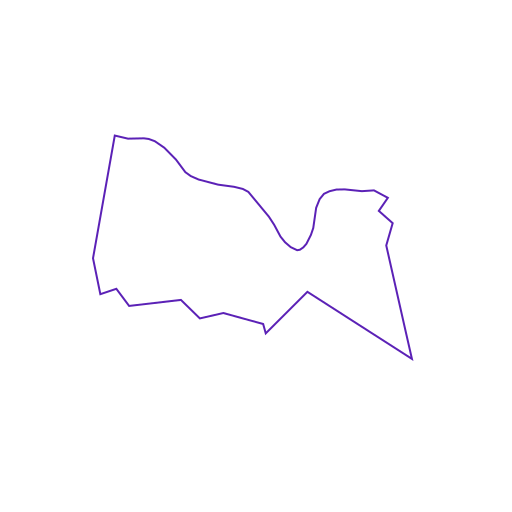 the district of Gallatin, Kentucky, United States of America, rotated 40°
{"feature_id": "52423323B123232647985", "entity_name": "Gallatin", "entity_type": "district", "adm_level": 2, "iso_a3": "USA", "parent_name": "United States of America", "parent_adm1": "Kentucky", "projection": "mercator", "projection_center": [-84.857, 38.761], "detail": "fine", "context": "isolated", "style": "outline", "palette": "violet", "viewbox_px": 512, "rotation_deg": 40, "n_neighbors": 0, "source": "geoboundaries", "source_scale": "gbopen_adm2", "svg_char_len": 761}
<svg xmlns="http://www.w3.org/2000/svg" viewBox="0 0 512 512"><g transform="rotate(40 256 256)"><path d="M304.2,129.9L295.4,138.3L281.2,147.9L274.9,153.4L270.7,159.1L268.1,164.7L268.2,171.5L271.1,180.4L281.9,197.8L284.5,204.5L286.8,214.3L286.7,219.0L285.6,223.0L283.8,225.1L276.9,226.9L269.4,226.8L262.3,225.4L249.8,220.4L240.6,217.6L208.9,211.8L202.8,213.1L194.7,217.1L181.1,225.7L162.9,234.3L154.7,236.7L148.0,237.2L132.8,233.6L116.2,232.0L104.7,233.1L98.6,235.3L94.5,237.9L82.5,248.4L70.4,254.5L132.6,362.5L161.3,385.3L170.1,370.9L190.9,375.8L226.7,337.9L253.1,339.9L267.6,320.7L305.2,303.5L313.2,309.0L318.4,250.4L441.6,234.6L418.5,217.1L349.0,164.2L339.6,143.0L321.1,142.5L319.6,126.7L304.2,129.9Z" fill="none" stroke="#5b21b6" stroke-width="2"/></g></svg>